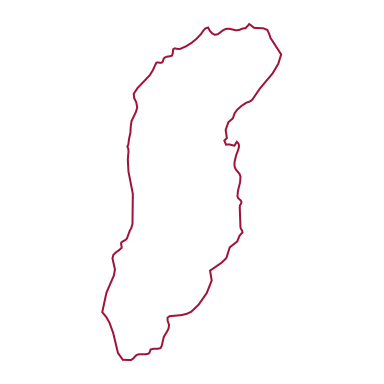 an SVG outline of Guadalcanal, rotated 88°
{"feature_id": "SLB-1263", "entity_name": "Guadalcanal", "entity_type": "Province", "adm_level": 1, "iso_a3": "SLB", "parent_name": "Solomon Islands", "parent_adm1": "", "projection": "orthographic", "projection_center": [160.135, -9.592], "detail": "fine", "context": "isolated", "style": "outline", "palette": "rose", "viewbox_px": 384, "rotation_deg": 88, "n_neighbors": 0, "source": "natural_earth", "source_scale": "10m", "svg_char_len": 2034}
<svg xmlns="http://www.w3.org/2000/svg" viewBox="0 0 384 384"><g transform="rotate(88 192 192)"><path d="M143.4,145.5L145.2,143.9L147.6,143.3L151.0,144.2L157.1,146.7L162.5,148.2L165.4,148.6L168.3,148.5L170.9,147.5L175.7,143.8L178.3,143.0L184.0,143.6L192.7,146.1L197.8,146.7L199.6,146.2L201.9,143.8L203.4,143.0L204.8,143.1L207.2,144.6L208.7,144.8L228.9,144.8L229.9,144.6L232.7,143.2L234.4,143.0L234.8,143.6L236.0,144.8L237.5,146.1L243.0,148.5L248.6,156.2L259.3,160.0L263.7,164.9L271.2,176.7L281.2,175.4L293.5,180.8L304.7,189.2L311.7,197.0L313.6,201.6L314.7,207.2L315.3,218.6L316.7,220.8L319.6,220.9L323.9,219.6L327.3,220.1L330.1,221.5L335.7,225.2L344.6,227.6L346.9,228.9L347.5,231.6L347.3,235.4L347.9,238.8L351.3,240.2L352.2,241.6L352.5,244.5L352.3,250.4L352.9,253.0L354.4,254.7L356.2,256.3L357.8,258.8L357.3,267.0L350.3,271.6L330.1,275.7L319.6,279.1L313.9,282.1L309.0,285.9L289.6,281.0L272.5,272.9L266.6,271.7L255.6,273.8L252.1,272.8L249.8,270.3L247.8,267.3L245.5,264.4L244.3,264.2L241.2,264.7L240.0,264.4L239.3,263.5L237.5,260.0L236.3,258.7L228.4,255.5L226.1,254.0L221.9,252.6L191.8,251.2L169.2,254.8L157.2,255.0L149.8,254.1L146.8,254.1L144.3,255.0L142.5,254.0L136.8,253.1L130.9,251.5L124.9,251.0L119.1,250.0L109.9,245.2L105.6,243.8L100.4,244.6L96.1,246.5L91.8,246.8L86.2,242.8L73.8,230.1L69.0,226.9L61.6,223.2L61.3,222.1L61.8,218.9L61.6,217.6L60.5,216.5L58.3,215.9L56.9,214.9L55.9,212.5L55.6,209.7L55.1,207.4L53.2,206.5L48.7,205.8L47.8,204.1L48.5,201.7L48.6,198.9L46.1,192.7L42.9,187.2L39.1,182.2L34.7,177.7L30.7,174.7L28.9,172.8L28.2,170.2L31.7,168.4L34.2,166.3L35.7,163.6L35.2,160.7L31.4,155.2L30.2,152.5L30.1,149.3L32.0,142.1L31.7,139.3L30.4,135.6L30.1,132.8L27.3,129.9L26.2,129.1L27.4,127.3L30.1,124.3L30.9,115.0L32.6,111.1L36.5,109.4L40.7,108.2L57.6,98.1L66.9,101.3L76.4,107.4L90.9,120.5L101.8,128.5L103.5,130.8L104.7,134.7L107.6,139.4L111.2,143.8L114.8,146.7L119.7,148.5L123.5,153.2L131.1,156.2L139.3,155.3L141.8,157.9L145.9,156.3L145.7,153.3L147.2,148.0L143.4,145.5Z" fill="none" stroke="#9f1239" stroke-width="2"/></g></svg>